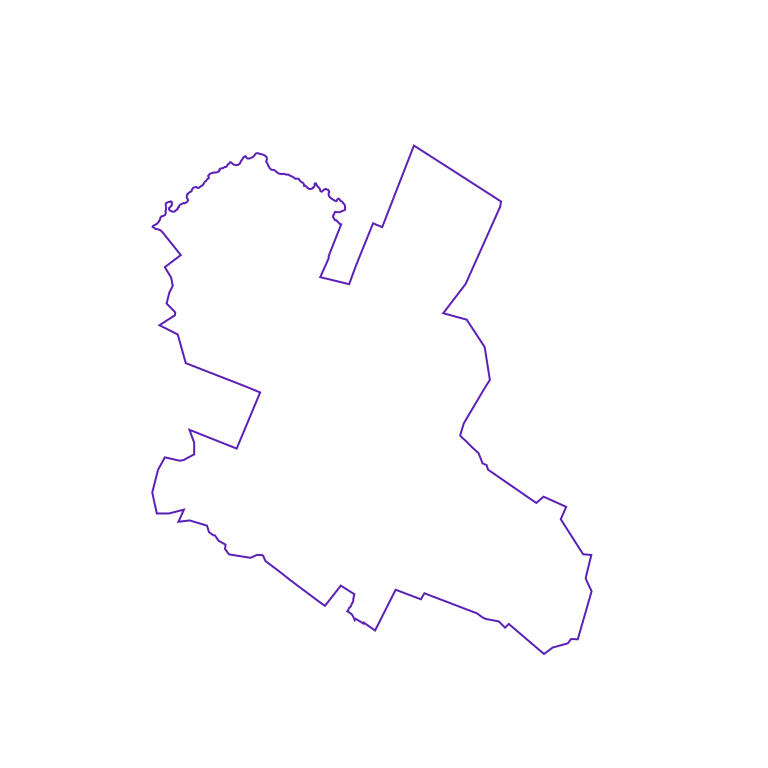 outline of Bavispe, Sonora, Mexico, rotated 21°
{"feature_id": "50627088B39855980825322", "entity_name": "Bavispe", "entity_type": "district", "adm_level": 2, "iso_a3": "MEX", "parent_name": "Mexico", "parent_adm1": "Sonora", "projection": "albers", "projection_center": [-109.2, 30.646], "detail": "fine", "context": "isolated", "style": "outline", "palette": "violet", "viewbox_px": 768, "rotation_deg": 21, "n_neighbors": 0, "source": "geoboundaries", "source_scale": "gbopen_adm2", "svg_char_len": 6057}
<svg xmlns="http://www.w3.org/2000/svg" viewBox="0 0 768 768"><g transform="rotate(21 384 384)"><path d="M427.9,171.7L370.8,159.8L326.5,150.7L326.1,238.2L316.2,237.9L315.4,284.2L315.7,303.3L286.2,307.1L287.3,286.5L286.5,284.3L286.8,250.3L285.4,250.3L284.4,250.1L283.5,249.5L281.8,248.8L280.9,248.2L280.7,248.2L279.9,248.5L279.5,248.6L279.2,248.4L277.2,246.7L276.6,246.4L276.5,246.0L276.1,245.3L276.1,245.0L276.1,244.7L276.5,244.0L276.5,241.3L276.5,241.1L276.8,240.7L277.2,240.6L277.6,240.6L279.8,240.0L281.2,239.4L281.8,238.7L282.5,237.9L283.2,237.4L284.5,236.2L285.2,235.3L285.2,235.0L285.1,234.7L284.7,234.2L284.2,233.1L283.9,232.1L283.6,231.5L283.1,231.0L282.6,230.5L281.2,229.9L280.2,229.1L279.5,228.8L278.7,228.8L277.5,228.5L277.0,228.2L275.9,227.3L275.5,227.1L275.3,227.2L274.3,228.3L274.2,228.8L274.2,230.1L273.8,230.4L272.7,230.5L272.4,230.5L267.9,229.6L265.6,228.5L265.1,228.0L264.3,226.7L263.9,225.7L263.9,225.4L264.2,224.7L264.1,224.4L263.9,224.1L263.5,224.0L262.7,222.9L262.4,222.8L260.8,222.9L260.0,222.9L259.6,222.7L259.3,222.8L258.7,223.7L258.0,224.5L257.8,225.2L257.2,226.5L256.8,226.7L256.6,226.8L255.9,226.8L255.5,226.6L254.8,225.8L254.4,225.1L254.0,224.7L252.8,224.0L251.6,223.5L250.2,222.6L249.0,221.5L248.6,221.2L248.3,221.1L248.1,221.2L247.5,221.7L247.5,221.9L247.5,222.1L247.7,222.5L248.0,223.0L248.2,223.9L248.0,224.9L247.4,225.8L247.3,226.3L247.5,226.6L247.3,227.0L246.8,227.2L246.1,227.9L245.3,228.4L244.7,228.6L243.6,228.6L242.1,228.3L240.8,227.4L239.1,227.4L238.4,227.6L238.4,227.2L238.1,226.8L238.1,226.4L237.2,226.0L236.7,225.6L235.9,225.1L235.5,225.2L234.9,225.1L232.8,224.5L232.1,224.0L231.7,223.5L230.9,223.1L230.0,223.1L228.5,223.8L227.7,224.2L225.2,223.4L222.4,223.2L221.6,223.1L220.8,223.1L220.1,222.9L219.0,222.9L217.9,223.6L217.6,223.6L216.6,223.5L215.5,223.6L214.2,224.1L213.3,224.7L211.4,225.1L209.8,225.2L205.2,223.7L203.9,223.8L202.4,224.3L201.1,224.0L199.8,223.4L198.7,222.3L197.8,221.8L197.4,221.2L196.7,220.6L196.2,219.9L194.5,218.9L194.2,218.2L194.3,217.1L194.2,216.2L193.8,215.3L193.0,214.3L192.8,214.1L190.5,213.3L189.5,213.2L187.1,213.4L185.5,213.7L184.7,213.6L184.0,213.7L183.6,213.7L182.6,214.1L182.3,214.3L181.5,215.1L181.3,215.6L181.3,216.6L180.5,218.7L180.0,219.3L178.9,220.5L178.5,220.9L177.8,221.4L177.2,221.9L176.9,222.0L176.5,222.2L176.0,222.3L175.4,222.4L174.8,222.2L174.1,221.6L173.3,221.2L173.2,221.0L172.7,221.2L172.6,221.9L172.0,222.3L171.8,222.4L171.5,222.8L171.5,223.7L171.3,224.3L171.3,224.6L171.3,224.9L170.6,227.1L170.5,229.1L170.4,229.8L169.5,231.3L169.2,231.7L168.4,232.2L167.5,232.7L166.5,233.0L165.9,233.0L164.2,232.9L163.1,232.4L161.9,232.0L161.3,232.0L160.8,232.1L160.6,232.4L160.6,233.0L160.5,233.5L160.4,233.8L159.8,234.5L159.4,235.5L159.2,236.5L159.1,237.5L158.8,238.0L158.4,238.2L157.6,238.4L157.0,239.2L156.4,240.1L155.9,240.5L154.9,240.8L153.6,242.3L153.4,242.6L153.4,243.1L153.5,243.3L154.0,243.7L154.1,243.8L154.0,244.1L153.5,244.9L152.7,245.7L151.6,246.6L150.6,247.2L150.0,247.2L149.3,247.5L148.7,248.1L147.0,249.4L146.0,250.4L145.8,251.1L145.5,252.4L145.3,252.6L145.3,252.8L145.8,253.4L146.6,254.1L146.7,254.6L146.5,255.0L145.9,255.6L145.6,256.2L145.3,257.1L145.1,258.2L144.6,258.7L143.9,261.0L143.8,261.9L143.9,262.4L143.7,263.0L142.1,265.1L141.2,266.7L140.3,267.6L140.0,267.7L138.7,267.4L138.1,267.4L137.6,267.8L136.3,268.5L135.9,268.8L135.7,269.2L135.1,270.8L135.1,271.8L135.3,272.5L135.1,273.2L134.9,273.3L134.7,273.7L134.3,274.1L134.1,274.2L132.7,276.5L132.4,277.4L132.7,277.6L132.8,277.7L132.5,278.2L132.4,278.8L132.6,279.4L132.8,280.1L133.0,280.6L135.1,282.3L135.2,282.8L135.2,283.3L134.8,284.5L134.7,284.9L133.5,286.4L133.3,286.7L133.1,286.8L132.7,286.8L132.2,287.1L131.7,287.1L131.0,288.0L129.8,289.3L129.1,290.3L129.0,290.8L128.9,291.5L129.1,292.4L128.6,292.7L128.6,294.1L128.6,294.9L128.4,295.2L127.9,295.3L127.4,296.8L127.2,297.0L126.9,297.8L125.7,298.6L125.3,298.7L124.2,298.9L123.3,298.9L121.5,298.6L120.6,297.8L120.3,297.2L120.3,296.7L120.8,295.9L121.2,294.7L121.5,294.0L121.9,293.5L121.9,293.4L121.2,291.2L120.8,290.8L120.7,290.2L119.8,290.3L119.7,290.2L119.3,289.9L119.1,290.0L118.2,291.0L117.5,291.4L117.4,291.5L116.8,292.0L116.6,292.4L116.2,292.6L115.9,293.0L115.7,293.2L115.8,294.0L115.8,294.6L116.0,294.8L116.6,296.1L117.1,296.9L117.4,297.5L117.7,298.7L118.1,299.9L118.1,300.2L117.9,300.7L118.3,301.3L118.5,301.8L119.0,302.5L119.0,304.2L118.9,304.9L118.3,305.5L118.0,306.0L117.3,306.3L116.6,307.1L116.1,307.3L116.0,308.1L115.6,308.7L115.6,309.0L116.0,310.9L115.6,311.8L115.7,313.2L115.5,313.6L114.9,314.8L114.9,315.4L114.6,315.9L114.0,316.5L113.5,317.2L112.5,318.3L111.9,319.0L111.7,319.4L111.6,319.7L111.6,320.2L115.2,321.1L116.6,320.6L119.7,320.6L121.2,320.9L123.0,321.8L148.1,336.5L137.5,353.4L147.3,361.1L151.6,368.1L150.8,375.4L152.2,386.8L163.4,391.9L164.2,394.7L153.3,409.6L173.7,411.7L191.5,435.6L255.6,435.9L271.4,436.3L269.6,497.1L218.8,496.5L227.8,506.8L232.0,517.7L225.4,525.3L224.6,526.5L221.0,528.8L205.7,531.0L203.8,545.0L206.5,568.3L218.3,586.3L229.7,581.9L242.2,573.0L241.5,586.3L251.5,581.0L269.5,579.7L273.7,585.0L278.8,586.4L280.6,586.0L285.6,589.6L293.7,590.8L294.7,595.0L300.4,598.6L321.7,594.1L326.6,589.1L331.8,587.3L332.9,587.9L336.9,591.8L353.4,596.5L367.1,600.8L401.1,610.4L408.4,612.3L415.9,587.7L431.7,590.9L432.2,594.6L432.3,595.4L432.6,596.4L433.0,597.4L433.1,598.3L432.7,601.0L432.7,603.4L432.5,604.0L431.6,605.8L431.7,608.1L431.4,608.6L431.2,609.4L435.6,610.2L436.7,610.8L438.6,612.2L441.3,614.9L441.7,613.4L450.7,615.0L450.6,614.0L464.0,617.3L468.6,571.9L495.6,571.8L496.7,564.9L553.2,564.8L559.2,566.5L563.0,566.9L576.3,564.5L584.3,568.1L586.5,563.3L630.1,578.7L635.9,569.6L648.5,560.3L650.1,555.0L656.4,552.9L652.1,503.1L643.0,494.4L642.0,493.2L641.5,490.5L638.8,469.3L630.9,471.6L597.5,446.9L598.1,433.4L573.3,432.0L568.8,440.5L511.8,426.7L508.8,422.9L504.5,422.8L497.1,414.7L489.4,411.7L480.6,407.8L475.4,405.8L473.7,404.8L473.4,403.7L472.6,392.1L479.7,350.3L481.4,342.3L464.8,313.5L438.2,294.3L413.9,296.7L424.4,261.2L424.5,258.6L428.9,177.0L427.9,171.7Z" fill="none" stroke="#5b21b6" stroke-width="2"/></g></svg>